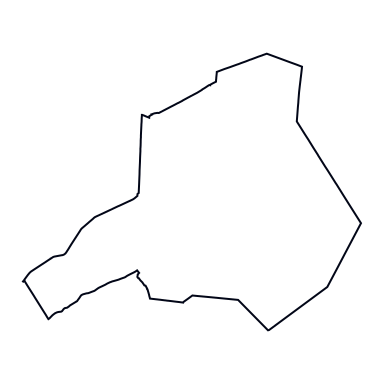 outline of Ooststellingwerf, Friesland, Netherlands
{"feature_id": "6326949B66213394722259", "entity_name": "Ooststellingwerf", "entity_type": "district", "adm_level": 2, "iso_a3": "NLD", "parent_name": "Netherlands", "parent_adm1": "Friesland", "projection": "mercator", "projection_center": [6.224, 52.991], "detail": "fine", "context": "isolated", "style": "outline", "palette": "ink", "viewbox_px": 384, "rotation_deg": 0, "n_neighbors": 0, "source": "geoboundaries", "source_scale": "gbopen_adm2", "svg_char_len": 5019}
<svg xmlns="http://www.w3.org/2000/svg" viewBox="0 0 384 384"><path d="M23.0,281.4L23.2,281.6L23.4,281.4L23.7,281.4L23.8,281.4L24.0,281.3L24.1,281.2L24.5,281.1L24.6,281.3L25.1,281.9L26.9,284.8L27.0,285.0L28.1,286.7L28.2,286.9L32.6,293.8L34.3,296.5L34.7,297.2L44.3,312.5L45.9,315.0L47.0,316.9L48.4,319.1L49.0,318.7L49.5,318.3L49.9,317.9L50.1,317.7L51.2,316.5L51.4,316.4L51.5,316.3L51.8,315.9L52.4,315.3L52.9,314.9L53.9,314.1L54.6,313.6L54.8,313.4L55.1,313.3L55.3,313.1L56.0,312.8L56.9,312.4L57.1,312.3L57.6,312.2L58.3,312.0L60.8,311.7L61.1,311.7L61.6,311.4L62.0,311.2L63.3,309.5L63.6,309.1L63.9,308.8L64.2,308.6L64.4,308.4L64.7,308.3L64.9,308.1L65.4,308.0L65.9,307.9L66.7,307.8L67.0,307.7L67.5,307.5L67.7,307.3L68.5,306.7L69.0,306.4L69.3,306.1L69.8,305.6L70.2,305.3L72.2,304.1L75.8,301.9L76.2,301.6L76.4,301.6L76.7,301.4L77.1,301.1L77.4,300.7L78.2,299.5L78.3,299.4L78.6,299.0L79.0,298.5L80.8,295.8L81.1,295.4L81.4,295.2L81.7,295.0L82.2,294.7L82.6,294.5L82.9,294.4L83.8,294.1L86.7,293.3L86.9,293.3L87.1,293.3L87.8,293.2L88.1,293.2L88.4,293.1L89.5,292.7L91.0,292.1L91.8,291.8L94.3,290.9L94.8,290.6L98.0,288.3L98.6,287.9L99.8,287.3L101.5,286.5L102.0,286.3L102.4,286.1L102.5,286.0L102.8,285.9L105.1,284.8L106.0,284.3L107.5,283.4L108.5,283.0L109.6,282.4L110.8,282.0L111.8,281.6L112.3,281.4L113.5,281.1L117.4,280.0L118.7,279.6L120.4,278.9L121.5,278.5L123.2,277.9L124.1,277.6L125.1,277.2L126.0,276.6L127.0,275.9L128.1,275.3L131.0,273.8L132.9,272.9L133.7,272.5L134.1,272.3L134.8,271.9L135.2,271.7L136.6,270.8L136.9,270.6L137.1,270.4L139.1,272.9L139.0,273.0L138.8,273.2L138.2,274.0L137.7,274.5L137.7,274.8L137.6,275.8L137.4,276.4L137.4,276.7L137.4,276.8L137.4,277.0L137.6,277.2L138.3,278.2L139.0,278.4L139.0,278.5L139.9,279.7L140.1,280.0L140.3,280.3L142.5,282.5L142.8,283.1L143.2,283.6L144.2,285.1L144.3,285.3L144.5,285.5L145.5,285.6L145.7,285.9L146.0,286.5L146.2,286.8L146.5,287.6L146.7,287.9L146.8,288.0L146.9,288.3L147.0,288.3L147.1,288.5L147.2,288.8L147.2,289.0L147.3,289.0L147.6,289.7L147.6,289.8L147.8,290.3L147.8,290.6L147.9,290.8L148.0,291.1L148.2,291.8L148.4,292.4L148.5,292.7L148.7,293.6L149.0,294.4L149.2,295.5L149.3,296.0L149.4,296.3L149.6,297.0L150.0,298.6L160.6,299.8L162.0,300.0L162.9,300.1L163.7,300.2L164.4,300.3L165.5,300.4L166.8,300.6L168.8,300.8L172.1,301.2L173.7,301.4L176.1,301.7L179.6,302.1L183.2,302.6L183.4,302.0L187.9,298.8L192.4,295.5L197.4,296.0L206.1,296.8L217.7,297.9L218.6,298.0L238.1,299.9L268.0,330.3L269.1,330.0L327.3,287.0L337.9,267.0L344.0,255.4L344.2,255.0L361.0,223.2L348.4,203.3L343.8,196.0L336.5,184.3L335.6,183.0L330.2,174.4L327.6,170.3L326.3,168.3L325.1,166.5L318.7,156.3L318.3,155.7L317.9,154.9L313.5,148.0L308.2,139.4L306.7,137.1L304.7,134.0L298.8,124.6L297.5,122.6L296.8,121.4L297.1,117.6L297.9,107.0L298.3,102.7L298.4,100.8L299.1,92.0L299.7,86.7L300.3,81.7L300.4,80.8L300.5,80.3L300.6,78.9L300.9,76.8L300.9,76.7L301.8,69.0L302.0,66.7L296.5,64.6L289.3,62.0L285.8,60.7L266.8,53.7L262.5,55.2L262.4,55.3L258.3,56.7L254.9,58.0L250.9,59.5L249.8,59.8L249.1,60.1L248.4,60.4L245.3,61.6L243.3,62.3L240.8,63.2L239.8,63.6L239.5,63.7L238.3,64.2L237.8,64.3L233.1,66.0L229.8,67.2L224.5,69.0L220.8,70.4L217.9,71.5L216.8,71.9L216.7,73.5L216.6,74.5L216.3,77.4L216.2,79.1L216.1,79.5L216.0,81.7L214.8,82.3L213.2,83.1L210.8,84.4L210.6,84.6L210.1,84.8L210.1,85.1L209.8,85.0L209.5,85.1L209.2,85.1L208.8,85.3L207.7,86.0L205.5,87.5L203.4,88.8L202.5,89.3L202.3,89.4L201.8,90.0L201.4,90.2L197.3,92.7L191.0,96.0L189.0,97.1L188.0,97.6L187.5,97.9L182.5,100.6L182.4,100.8L179.5,102.3L178.2,103.0L177.8,103.1L175.2,104.5L172.7,105.8L171.1,106.6L167.3,108.6L166.7,108.9L159.4,112.7L159.1,112.9L158.9,112.9L158.5,113.0L157.6,112.9L157.2,112.9L156.0,113.1L154.6,113.3L154.0,113.5L153.1,113.8L151.5,114.4L151.4,114.4L151.4,114.6L151.6,114.8L151.4,114.9L149.3,116.2L149.2,117.7L145.7,116.3L144.4,115.7L142.3,114.9L141.9,114.9L141.9,115.5L141.7,118.2L141.6,121.8L141.5,123.2L141.4,124.3L141.4,124.9L140.9,135.5L140.9,137.4L140.8,138.5L140.7,140.7L140.7,142.1L140.6,145.7L140.5,147.5L140.4,148.5L140.4,150.7L140.4,151.3L140.2,155.2L140.1,157.5L140.0,160.6L140.0,161.1L139.9,163.6L139.6,169.9L139.5,174.7L139.4,176.8L139.1,184.3L138.7,193.0L137.5,194.0L137.4,195.1L137.4,195.9L134.9,198.0L134.3,198.5L133.8,198.8L133.2,199.2L132.9,199.4L132.3,199.7L119.2,205.8L118.4,206.1L117.3,206.6L109.5,210.3L96.2,216.5L95.8,216.7L95.2,217.0L94.8,217.2L94.5,217.5L94.1,217.7L93.1,218.7L90.3,221.1L89.2,222.0L88.7,222.5L88.1,223.0L82.4,227.9L81.8,228.4L81.4,228.9L80.9,229.4L80.4,230.3L71.7,243.7L69.9,246.6L68.0,249.7L66.8,251.5L66.2,252.5L65.9,252.8L65.6,253.2L65.5,253.4L65.1,253.7L64.5,254.2L64.1,254.5L63.6,254.7L63.2,254.9L62.7,255.1L62.4,255.1L55.4,256.4L54.3,256.6L53.8,256.8L53.4,256.9L53.2,257.0L52.7,257.3L50.9,258.5L50.6,258.5L50.4,258.9L50.1,259.0L39.3,266.1L33.5,269.9L31.1,271.5L30.6,271.9L30.1,272.4L29.6,272.8L29.4,273.1L28.8,273.8L27.9,274.9L24.2,279.9L24.2,280.0L24.3,280.1L24.5,280.3L24.2,280.8L24.0,281.1L23.9,281.2L23.7,281.3L23.4,281.2L23.2,281.2L23.0,281.4Z" fill="none" stroke="#020617" stroke-width="2"/></svg>